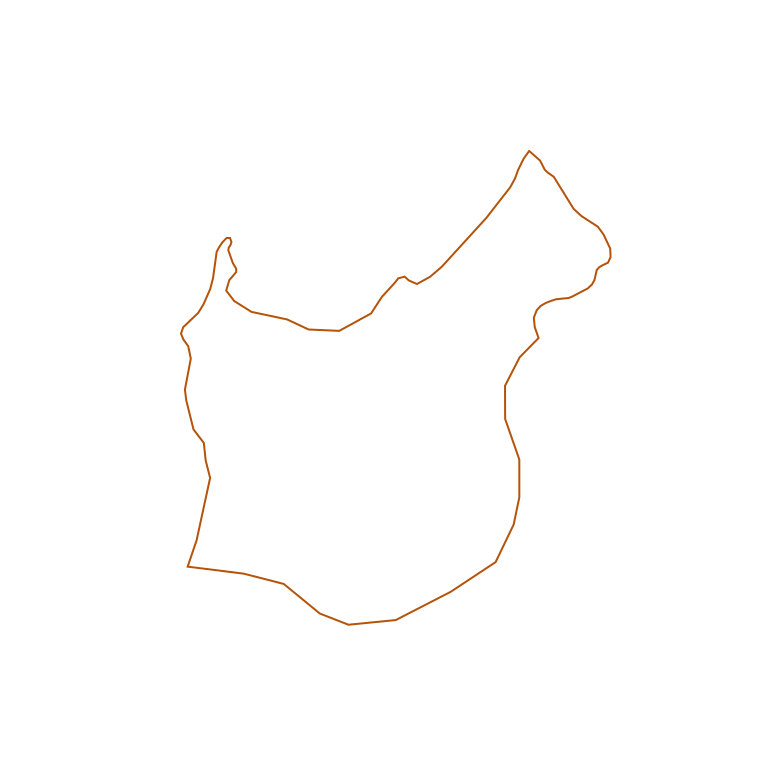 the Province of Santa Elena, rotated 55°
{"feature_id": "ECU-5507", "entity_name": "Santa Elena", "entity_type": "Province", "adm_level": 1, "iso_a3": "ECU", "parent_name": "Ecuador", "parent_adm1": "", "projection": "natural_earth1", "projection_center": [-80.701, -2.093], "detail": "fine", "context": "isolated", "style": "outline", "palette": "amber", "viewbox_px": 768, "rotation_deg": 55, "n_neighbors": 0, "source": "natural_earth", "source_scale": "10m", "svg_char_len": 1293}
<svg xmlns="http://www.w3.org/2000/svg" viewBox="0 0 768 768"><g transform="rotate(55 384 384)"><path d="M421.0,649.6L404.5,627.1L361.2,580.3L344.3,573.9L329.0,565.4L311.9,566.1L284.1,555.4L274.4,550.3L252.4,527.7L240.8,522.7L232.5,522.8L226.3,521.4L222.3,515.9L219.2,495.4L215.2,486.2L206.6,472.0L199.3,463.4L179.8,445.3L177.7,441.4L175.2,435.0L174.1,429.1L176.1,426.4L180.3,427.6L182.2,430.2L183.3,433.1L185.1,434.8L198.4,438.5L204.7,438.9L207.5,440.8L210.2,451.2L217.0,459.7L230.1,459.1L248.9,451.2L275.6,426.3L296.1,414.5L314.8,390.2L318.8,354.1L311.4,335.7L307.2,316.8L305.6,311.8L307.9,305.5L313.6,304.2L321.0,299.6L322.6,284.8L321.1,269.4L306.6,204.7L298.7,179.1L295.3,167.9L290.7,158.6L285.7,151.6L279.5,140.3L276.4,131.5L276.5,131.4L290.5,128.0L300.6,129.4L304.3,128.7L311.6,126.1L349.4,128.2L359.5,126.0L377.9,118.6L387.4,118.4L402.8,121.0L410.0,125.6L413.1,130.9L412.1,136.6L411.8,140.7L412.6,144.3L419.5,151.9L421.8,156.6L422.6,162.1L420.3,179.8L419.5,183.3L413.3,194.4L411.7,199.6L410.4,205.0L409.9,210.8L411.1,216.5L415.7,223.3L423.9,227.9L435.0,231.0L439.9,257.5L454.9,285.9L482.1,304.8L523.5,316.5L554.5,338.2L573.5,358.4L593.9,394.7L592.5,448.3L584.1,509.8L560.8,551.2L535.3,568.2L490.3,580.8L458.9,607.7L421.0,649.6Z" fill="none" stroke="#b45309" stroke-width="2"/></g></svg>